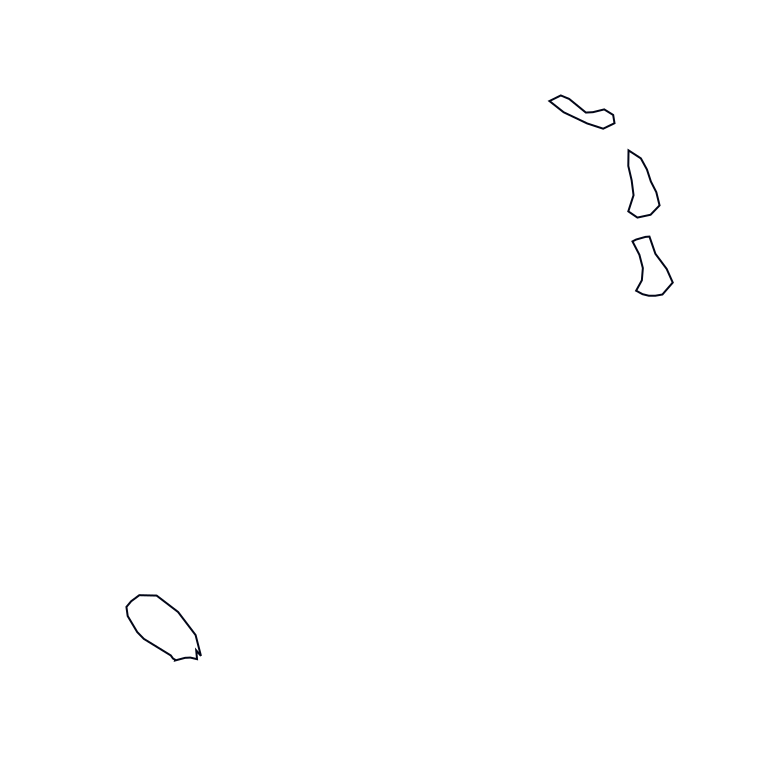 map outline of Ha'apai (Natural Earth projection), rotated 320°
{"feature_id": "TON-4948", "entity_name": "Ha'apai", "entity_type": "state/province", "adm_level": 1, "iso_a3": "TON", "parent_name": "Tonga", "parent_adm1": "", "projection": "natural_earth1", "projection_center": [-174.543, -19.707], "detail": "fine", "context": "isolated", "style": "outline", "palette": "ink", "viewbox_px": 768, "rotation_deg": 320, "n_neighbors": 0, "source": "natural_earth", "source_scale": "10m", "svg_char_len": 870}
<svg xmlns="http://www.w3.org/2000/svg" viewBox="0 0 768 768"><g transform="rotate(320 384 384)"><path d="M60.8,388.5L73.8,399.9L79.7,426.3L78.3,455.2L69.0,474.6L68.9,467.4L63.9,474.6L59.8,469.1L55.6,465.9L46.2,461.5L46.8,461.1L45.9,458.7L46.2,454.9L36.2,424.9L35.5,415.4L38.5,397.0L43.4,389.2L50.7,387.9L60.8,388.5ZM637.1,474.6L648.2,470.3L656.8,461.6L662.7,449.2L666.0,434.5L670.0,435.4L678.9,439.4L682.1,441.7L675.6,458.7L674.5,477.6L670.4,491.9L654.8,494.4L648.6,490.8L643.6,486.6L639.8,481.4L637.1,474.6ZM682.1,408.8L696.5,399.8L704.6,387.2L711.3,374.0L721.5,362.2L725.8,376.3L723.3,388.7L718.6,400.4L715.9,412.1L709.9,424.3L697.0,425.7L685.1,419.4L682.1,408.8ZM718.8,310.1L729.2,315.2L732.5,325.2L728.2,332.4L716.0,329.3L707.1,315.0L696.3,291.3L692.6,273.6L704.9,276.6L709.1,284.7L713.1,305.8L718.8,310.1Z" fill="none" stroke="#020617" stroke-width="2"/></g></svg>